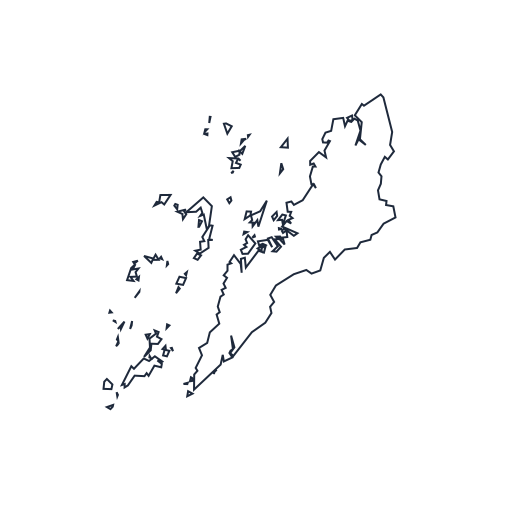 Kawthoung, Tanintharyi, Myanmar, rotated 22°
{"feature_id": "60261553B98033082841224", "entity_name": "Kawthoung", "entity_type": "district", "adm_level": 2, "iso_a3": "MMR", "parent_name": "Myanmar", "parent_adm1": "Tanintharyi", "projection": "robinson", "projection_center": [98.408, 10.778], "detail": "fine", "context": "isolated", "style": "outline", "palette": "slate", "viewbox_px": 512, "rotation_deg": 22, "n_neighbors": 0, "source": "geoboundaries", "source_scale": "gbopen_adm2", "svg_char_len": 6209}
<svg xmlns="http://www.w3.org/2000/svg" viewBox="0 0 512 512"><g transform="rotate(22 256 256)"><path d="M370.9,168.0L364.7,158.5L357.5,160.0L356.4,156.1L349.3,157.2L344.5,149.4L344.7,142.3L342.5,135.1L338.3,132.7L337.4,124.4L338.3,115.8L342.1,117.1L344.7,107.3L338.7,102.8L335.8,90.0L314.7,61.2L311.1,59.5L299.8,76.2L297.2,75.4L294.9,88.5L303.9,92.3L308.6,108.8L316.2,111.9L307.4,109.4L306.8,116.3L305.9,100.6L299.6,92.3L295.8,91.8L294.1,96.0L290.2,96.3L289.9,102.3L285.1,95.3L276.5,100.2L278.8,111.8L274.2,115.6L273.7,122.8L275.6,125.6L279.4,124.3L280.0,121.8L281.5,121.8L280.0,132.6L284.0,138.3L275.4,136.1L270.6,147.6L272.1,151.1L274.8,148.6L277.6,150.8L275.2,151.8L276.2,162.0L280.5,168.7L282.8,167.7L286.1,170.6L282.1,168.0L278.4,186.8L272.0,194.4L268.4,192.2L264.3,195.2L268.8,203.1L272.1,201.9L272.2,206.1L275.7,207.2L272.5,210.4L276.4,212.7L271.3,212.1L269.2,218.9L285.9,219.4L283.5,223.1L274.6,220.7L277.9,226.7L273.8,228.9L278.2,234.6L271.4,231.5L267.0,233.6L275.7,238.0L273.4,244.3L269.6,245.4L272.6,238.8L263.5,232.7L260.5,235.3L267.7,241.8L260.9,236.6L252.3,241.7L255.0,245.0L257.6,242.2L261.1,242.3L262.1,249.9L256.3,250.2L250.9,270.5L246.3,261.8L243.1,264.3L249.0,276.9L244.8,269.1L235.3,263.5L233.7,271.5L235.7,272.1L232.8,274.7L235.1,280.3L233.3,286.0L237.3,287.1L236.2,293.7L239.8,296.9L236.8,300.3L240.5,303.8L238.3,307.0L239.5,317.2L243.4,321.7L241.4,325.0L247.3,332.5L241.8,344.1L243.3,354.9L237.6,362.6L243.1,368.3L242.0,382.4L244.7,384.4L243.1,389.0L248.6,403.1L263.9,369.9L262.2,360.1L265.7,365.8L272.1,358.9L267.7,355.9L267.9,353.3L269.5,351.0L262.7,339.1L270.2,348.8L268.4,355.8L272.5,357.0L280.7,328.2L289.6,314.4L291.7,303.1L288.1,297.8L290.0,291.8L283.8,286.7L285.5,275.9L297.9,258.7L307.9,250.1L314.1,251.5L321.0,245.3L319.6,232.3L323.0,224.5L330.6,229.7L335.9,216.7L346.7,210.7L347.7,204.2L355.9,198.1L355.3,193.2L359.7,188.7L362.2,178.2L370.9,168.0ZM196.4,226.3L185.2,221.4L175.0,241.5L183.9,237.4L186.6,231.9L190.1,236.1L189.2,239.8L192.0,237.1L199.7,248.6L201.4,246.6L199.1,258.5L202.5,261.6L198.8,263.8L202.3,270.8L197.8,273.8L203.0,274.8L209.0,266.2L205.7,259.1L209.9,257.3L206.3,258.2L204.4,244.2L201.0,245.1L196.4,226.3ZM208.8,389.0L199.8,386.9L196.2,393.4L190.3,393.1L185.1,406.3L181.7,404.9L180.0,425.8L182.2,423.9L183.4,427.1L185.7,424.0L188.3,412.4L197.6,409.2L198.5,405.6L201.3,407.3L202.9,395.7L209.8,394.7L209.1,391.3L203.7,389.8L208.2,390.0L208.8,389.0ZM247.2,227.9L245.3,200.6L243.1,213.0L236.1,220.2L239.0,224.1L237.7,227.2L241.6,225.9L240.8,227.5L241.8,229.8L243.8,222.3L247.2,227.9ZM240.9,239.7L240.1,244.4L242.9,247.3L240.7,250.1L243.7,251.2L239.6,255.9L242.7,259.1L247.7,256.9L250.7,244.6L240.9,239.7ZM194.2,363.0L190.0,363.0L192.4,365.4L188.2,372.5L192.0,380.6L190.0,391.5L193.7,382.9L191.9,376.5L198.0,374.3L199.5,368.5L194.4,367.9L194.2,363.0ZM153.9,231.4L144.5,235.3L146.1,242.6L143.6,243.0L142.9,247.3L148.2,241.5L151.6,242.6L153.9,231.4ZM146.7,314.7L147.3,308.7L144.8,313.9L145.5,326.7L151.8,325.0L147.4,322.4L153.3,319.7L150.4,316.1L151.7,311.6L146.7,314.7ZM171.0,428.9L163.8,425.9L162.4,429.4L164.4,436.3L171.8,433.6L171.0,428.9ZM203.2,172.2L194.3,175.3L198.9,176.8L200.3,183.8L207.5,180.6L207.6,177.0L202.6,177.2L202.9,172.6L205.9,173.4L203.2,172.2ZM204.8,157.9L202.1,164.0L195.1,168.7L199.6,171.9L202.7,168.3L201.4,164.9L205.0,166.4L204.8,157.9ZM167.2,296.0L162.4,292.4L161.9,296.8L152.2,297.9L161.5,301.6L161.6,298.3L167.2,296.0ZM199.4,302.7L192.8,303.9L192.5,311.5L199.2,310.1L199.4,302.7ZM268.5,207.2L264.9,207.7L263.0,214.5L266.6,212.7L269.1,216.6L268.5,207.2ZM172.5,241.4L173.6,239.2L166.4,244.4L172.0,244.6L174.5,249.2L175.7,243.4L172.5,241.4ZM184.9,144.8L178.6,144.3L176.7,145.4L183.6,153.3L184.9,144.8ZM205.7,373.2L204.2,377.3L206.4,377.1L207.1,383.0L211.0,382.4L211.2,376.4L207.7,376.9L205.7,373.2ZM234.8,216.7L230.6,218.2L231.7,226.0L235.6,220.4L234.8,216.7ZM245.0,143.6L241.3,135.4L238.3,145.8L245.0,143.6ZM258.6,207.5L256.1,213.4L259.0,216.2L260.6,210.9L258.6,207.5ZM247.2,170.4L248.7,165.3L244.7,160.5L247.2,170.4ZM294.6,93.7L292.4,89.8L288.7,93.8L292.2,95.7L294.6,93.7ZM248.7,407.4L243.7,406.8L244.8,411.8L248.7,407.4ZM204.8,276.0L200.4,275.9L199.2,281.2L203.3,281.4L204.8,276.0ZM210.4,211.1L208.1,214.3L211.5,217.0L212.4,213.8L210.4,211.1ZM158.1,374.3L158.6,366.1L155.2,375.4L156.8,372.0L158.1,374.3ZM259.6,249.7L257.4,245.0L254.7,248.4L259.6,249.7ZM271.6,219.7L270.7,223.1L272.4,224.5L274.4,221.3L271.6,219.7ZM178.4,452.5L179.6,449.4L179.3,447.6L174.4,451.9L178.4,452.5ZM162.8,150.2L161.7,144.1L161.0,144.3L162.8,150.2ZM203.0,151.0L199.0,153.2L199.9,157.3L201.4,152.8L203.0,151.0ZM186.3,373.3L186.8,368.2L183.2,370.3L186.3,373.3ZM192.9,244.0L189.7,244.0L191.7,250.5L192.3,250.2L192.9,244.0ZM166.6,370.8L166.7,367.0L165.5,362.7L166.6,370.8ZM244.2,395.4L242.4,393.0L241.1,392.8L241.7,396.9L244.2,395.4ZM258.7,246.2L260.6,243.1L257.3,244.2L258.7,246.2ZM159.2,340.2L161.3,333.1L161.1,332.4L159.2,340.2ZM240.2,399.1L236.7,401.8L240.3,400.5L240.2,399.1ZM146.0,308.6L148.2,304.6L144.4,307.5L146.0,308.6ZM201.7,352.8L199.2,352.7L200.2,356.5L201.7,352.8ZM153.8,322.4L156.2,322.7L155.3,319.3L153.8,322.4ZM273.3,230.5L271.1,228.9L267.3,230.6L268.4,231.1L273.3,230.5ZM165.4,242.2L164.2,237.9L161.7,238.0L161.4,239.9L165.4,242.2ZM180.0,436.5L177.8,434.5L180.0,438.1L180.0,436.5ZM197.5,314.8L195.8,313.9L195.8,320.5L197.5,314.8ZM261.1,381.2L261.0,378.8L262.2,376.2L260.1,379.1L261.1,381.2ZM160.4,386.6L158.3,382.9L158.3,385.5L160.4,386.6ZM198.4,300.1L197.9,296.9L196.7,299.2L198.4,300.1ZM167.7,294.1L170.2,294.1L168.3,292.3L167.7,294.1ZM204.0,148.5L204.6,146.0L203.2,147.0L204.0,148.5ZM163.3,156.8L161.5,157.5L161.9,160.4L163.3,156.8ZM269.8,221.2L266.8,221.6L267.4,222.8L269.8,221.2ZM214.7,375.3L212.4,372.7L211.7,373.2L214.7,375.3ZM196.7,390.0L194.8,388.5L195.2,390.0L196.7,390.0ZM238.9,237.1L235.9,237.8L236.3,240.4L238.9,237.1ZM245.7,240.3L247.7,238.4L246.8,237.3L245.7,240.3ZM203.2,185.4L202.8,186.7L201.9,188.4L203.2,187.3L203.2,185.4ZM143.3,362.4L141.1,361.3L141.3,363.5L143.3,362.4ZM165.1,160.6L162.3,162.2L165.6,162.1L165.1,160.6ZM176.9,298.2L177.6,296.4L175.7,293.8L176.9,298.2ZM160.1,392.1L161.1,389.7L160.3,388.1L160.1,392.1ZM150.4,369.8L149.8,369.0L147.4,369.3L150.4,369.8Z" fill="none" stroke="#1e293b" stroke-width="2"/></g></svg>